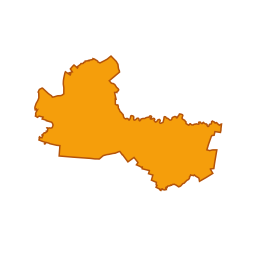 Catalina, Covasna, Romania, rotated 241°
{"feature_id": "2599482B45349138492818", "entity_name": "Catalina", "entity_type": "district", "adm_level": 2, "iso_a3": "ROU", "parent_name": "Romania", "parent_adm1": "Covasna", "projection": "albers", "projection_center": [26.117, 45.937], "detail": "fine", "context": "isolated", "style": "filled", "palette": "amber", "viewbox_px": 256, "rotation_deg": 241, "n_neighbors": 0, "source": "geoboundaries", "source_scale": "gbopen_adm2", "svg_char_len": 5821}
<svg xmlns="http://www.w3.org/2000/svg" viewBox="0 0 256 256"><g transform="rotate(241 128 128)"><path d="M199.2,148.0L198.3,143.3L198.3,140.3L198.5,135.0L199.3,134.5L200.2,133.8L200.5,133.7L201.0,133.9L202.1,133.5L203.8,132.4L204.3,132.3L205.7,131.0L205.0,130.5L206.2,126.5L205.8,126.5L207.3,122.9L206.6,122.4L206.8,121.0L206.5,120.7L206.3,120.4L206.4,119.6L207.2,118.1L206.9,117.6L206.7,117.4L206.2,113.5L205.2,113.4L205.0,112.7L206.0,112.5L209.3,111.3L208.9,109.7L207.6,106.2L204.1,106.5L204.7,103.7L203.4,104.3L202.5,103.4L202.4,103.1L204.9,101.9L207.5,100.5L206.6,99.4L204.7,97.7L202.5,95.8L200.5,94.3L197.8,92.7L194.3,91.4L189.0,88.4L188.7,86.2L188.9,84.9L189.9,82.9L190.4,81.7L190.5,81.1L191.2,77.9L191.7,77.2L191.7,76.8L193.3,76.7L195.0,75.8L196.8,75.0L204.2,72.6L204.2,72.4L204.6,72.1L204.7,69.2L203.0,66.8L202.5,67.0L201.5,66.7L198.1,64.9L197.5,64.5L196.2,63.0L195.1,61.4L194.3,60.0L193.7,59.2L191.4,56.7L190.1,56.0L188.8,55.6L188.7,56.1L189.1,56.9L189.1,57.1L188.4,57.1L187.8,56.6L187.5,56.8L187.5,57.1L186.3,55.2L185.9,54.7L185.0,53.9L184.0,53.8L183.4,52.8L181.2,54.0L181.5,56.0L178.7,59.0L177.5,57.3L175.4,59.4L173.8,60.6L173.7,60.4L170.1,64.0L168.8,64.2L166.9,63.9L165.5,62.4L165.1,61.8L165.1,61.3L165.6,59.9L166.3,59.1L166.4,58.8L166.3,58.3L166.4,58.0L167.2,57.6L167.4,57.2L166.2,57.2L165.6,57.1L165.3,56.9L164.2,55.7L164.8,55.1L164.1,54.6L164.0,53.8L163.8,53.5L163.8,53.4L164.1,53.1L164.4,52.2L164.0,51.5L163.7,49.5L163.6,49.3L162.7,49.9L161.2,48.0L161.7,47.7L161.7,47.0L163.2,46.4L162.9,45.8L161.8,45.3L160.7,44.3L158.0,46.5L155.3,48.9L154.7,47.3L154.3,47.5L154.7,48.7L155.1,49.4L153.2,51.4L152.2,52.0L149.3,55.2L147.5,57.2L145.6,59.9L136.9,54.2L129.6,65.1L119.6,80.5L117.2,83.8L114.8,87.9L115.7,92.2L115.8,93.1L115.0,96.5L114.2,98.6L113.0,102.6L112.2,104.5L111.7,108.8L111.4,109.5L107.4,110.0L107.4,110.3L98.4,111.5L99.3,119.0L93.0,120.0L92.8,119.8L91.7,117.5L88.8,119.7L87.0,120.8L86.9,121.2L87.0,121.5L86.9,121.6L85.5,120.6L80.4,126.1L80.2,126.0L78.1,123.8L74.8,126.9L71.0,123.2L66.7,126.5L65.1,125.3L64.5,125.1L63.8,125.6L62.6,123.8L58.9,126.3L58.8,125.9L57.8,126.1L57.4,126.5L57.7,126.9L58.1,127.4L58.1,127.5L57.8,127.7L57.7,127.9L58.2,128.3L58.0,128.6L57.1,128.9L56.3,129.6L56.2,130.2L55.9,130.4L56.0,131.0L55.6,131.7L56.4,132.0L56.5,131.6L56.9,131.7L57.6,132.3L57.7,132.6L57.6,132.9L57.3,132.9L57.2,133.2L57.0,133.4L57.7,133.8L57.7,134.1L57.9,134.5L57.8,135.0L57.5,135.5L57.5,135.8L57.4,135.9L57.3,136.4L57.1,136.8L57.4,137.6L57.0,138.0L56.8,138.4L57.1,139.5L56.7,140.2L56.4,141.2L56.2,141.4L55.7,141.6L55.2,142.1L52.8,143.4L52.1,143.6L52.0,143.9L52.1,144.2L52.1,144.5L51.7,144.8L51.8,146.2L52.8,148.9L52.5,150.3L52.7,151.1L53.0,151.5L53.0,152.2L53.2,152.4L53.5,153.6L53.7,154.2L53.6,155.4L53.8,156.5L54.1,157.0L54.4,157.4L55.0,158.0L55.4,158.1L56.0,159.4L56.6,160.0L55.7,160.7L55.2,161.6L54.6,162.2L54.7,162.3L54.6,162.7L54.8,163.2L53.0,163.9L50.1,165.6L49.2,165.6L48.0,165.1L46.7,164.7L46.8,172.1L47.2,180.2L52.2,180.1L52.3,180.2L50.9,183.4L55.3,186.7L65.8,195.1L67.9,191.2L68.6,188.5L70.7,186.4L74.7,190.5L80.1,196.6L80.7,197.7L79.9,199.8L82.7,202.3L79.3,206.7L81.0,208.2L82.5,209.1L86.1,211.7L86.3,211.0L86.1,209.9L86.1,209.4L86.2,209.2L87.3,208.9L88.4,208.3L89.2,208.3L89.7,208.1L90.0,207.8L90.0,206.8L90.3,206.5L91.4,206.4L92.2,205.7L93.1,205.3L93.1,204.7L93.0,204.2L91.4,203.1L91.3,202.2L91.7,201.4L91.6,201.1L91.4,200.5L90.6,199.8L90.4,199.2L90.5,198.7L90.8,198.5L91.6,198.4L92.0,198.4L92.5,198.8L93.5,198.6L93.7,198.0L94.5,197.4L95.6,196.8L96.3,196.8L96.4,196.1L96.1,195.8L95.9,195.3L95.9,195.0L96.0,194.8L96.8,194.2L97.9,194.2L98.2,194.0L98.7,193.0L98.7,192.6L97.4,192.3L97.1,191.9L97.1,191.7L97.4,191.1L98.6,189.6L98.7,188.6L99.2,187.7L99.1,186.8L99.1,186.4L100.0,185.1L101.5,184.6L101.6,184.4L101.6,184.0L101.1,183.0L101.1,182.4L103.5,181.0L104.1,181.0L105.2,181.7L106.5,181.3L107.3,181.3L108.7,180.4L109.9,179.9L110.6,180.2L111.0,180.5L112.3,182.0L113.1,182.1L114.0,181.5L114.6,180.7L115.1,180.3L115.3,179.8L115.2,179.5L114.5,178.7L114.3,178.2L114.1,177.5L113.2,176.2L113.1,175.7L113.4,175.3L114.6,175.5L115.3,174.6L115.5,174.1L115.5,173.2L115.7,172.4L115.6,171.7L115.4,171.4L114.4,170.5L114.2,169.6L114.2,169.1L114.5,168.6L114.8,168.4L117.0,167.5L117.4,167.3L117.8,166.6L118.2,166.4L119.5,166.3L119.8,166.0L120.2,165.5L120.2,165.1L120.0,164.8L118.3,163.6L116.1,161.5L116.0,161.2L116.2,158.9L116.5,158.5L116.7,158.4L117.6,158.3L118.1,158.8L118.6,159.6L118.9,159.8L119.3,159.9L120.2,159.7L120.4,159.4L120.6,158.3L120.6,158.0L120.0,157.0L119.7,155.6L119.7,155.1L120.1,154.8L121.7,154.5L122.0,154.6L122.4,155.4L122.6,155.6L123.4,155.6L123.7,155.4L124.0,155.2L124.1,154.1L124.6,152.5L125.1,152.0L125.4,152.1L125.8,152.3L125.9,153.7L126.3,154.1L127.0,154.1L127.6,153.7L127.8,153.4L127.9,153.0L127.9,152.6L127.4,151.8L127.4,151.3L127.9,150.3L128.1,149.4L128.3,148.8L128.2,147.6L128.4,146.8L129.1,145.7L129.5,143.8L129.4,143.5L128.8,142.8L128.6,142.1L128.6,141.8L128.8,141.5L129.3,141.4L130.4,141.9L130.8,141.9L131.7,141.6L132.1,140.7L132.0,140.1L131.6,138.9L131.6,137.7L131.9,137.2L132.6,137.1L133.3,137.4L134.7,138.3L135.4,138.5L136.1,138.2L137.1,137.2L137.2,136.9L137.2,136.3L135.5,134.8L135.1,134.3L134.9,133.8L134.5,133.4L134.4,132.9L134.8,132.5L136.1,132.5L136.5,132.2L137.0,131.5L137.0,130.5L137.9,129.8L138.6,129.5L139.6,129.5L142.3,130.2L143.0,129.8L143.8,129.8L145.2,129.5L145.7,129.2L146.4,129.1L148.7,129.3L150.0,129.2L150.8,129.5L151.6,130.0L153.1,130.3L153.3,130.1L153.5,129.3L153.6,129.2L155.0,128.5L159.4,130.9L158.8,131.1L158.8,131.5L163.2,132.7L165.6,133.5L165.1,134.5L164.4,135.5L165.1,135.9L165.3,137.6L166.0,138.4L167.1,138.4L169.2,137.7L172.4,137.5L173.8,136.8L174.3,136.4L174.7,135.7L175.3,135.2L178.4,134.5L181.0,147.7L182.3,148.2L183.8,148.3L184.9,148.6L188.7,150.1L189.4,150.0L191.9,150.0L199.2,148.0Z" fill="#f59e0b" stroke="#b45309" stroke-width="1.5"/></g></svg>